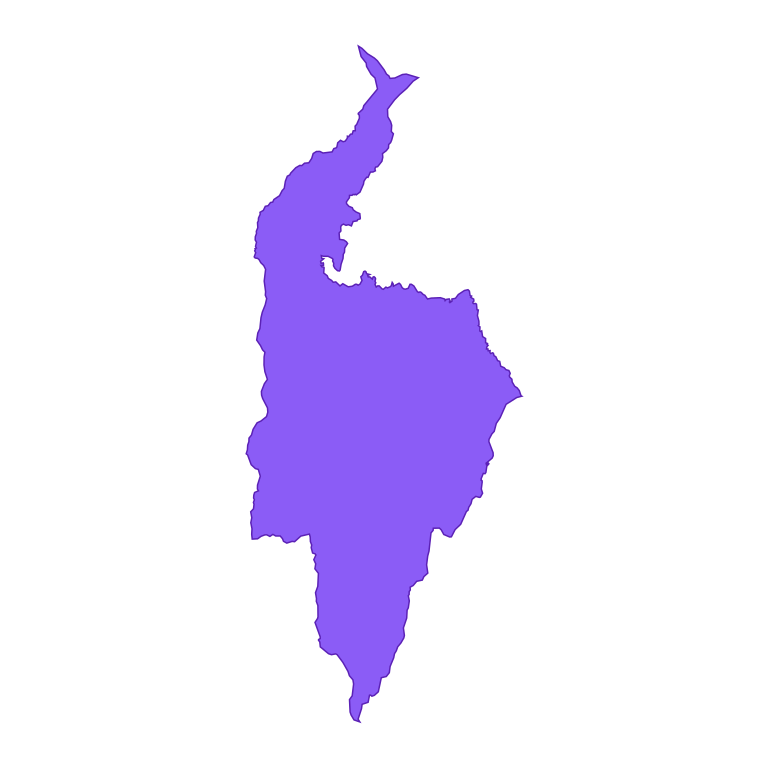 La Cumbre, Valle del Cauca, Colombia (Robinson projection)
{"feature_id": "7082276B32711967571175", "entity_name": "La Cumbre", "entity_type": "district", "adm_level": 2, "iso_a3": "COL", "parent_name": "Colombia", "parent_adm1": "Valle del Cauca", "projection": "robinson", "projection_center": [-76.586, 3.705], "detail": "fine", "context": "isolated", "style": "filled", "palette": "violet", "viewbox_px": 768, "rotation_deg": 0, "n_neighbors": 0, "source": "geoboundaries", "source_scale": "gbopen_adm2", "svg_char_len": 6096}
<svg xmlns="http://www.w3.org/2000/svg" viewBox="0 0 768 768"><path d="M358.4,46.1L361.1,56.6L366.2,63.1L366.6,66.5L371.1,74.3L375.0,78.0L377.5,89.0L363.8,105.6L362.8,109.1L358.3,113.3L358.2,114.0L359.3,115.3L359.4,118.2L356.7,124.4L355.1,126.1L355.3,130.7L353.2,130.8L352.2,134.0L350.5,134.2L348.6,136.7L347.4,136.2L347.3,138.3L345.1,141.2L343.1,141.7L340.5,140.3L337.7,142.8L336.9,147.0L336.1,147.9L333.8,148.6L332.1,151.9L323.0,153.0L319.8,151.4L316.4,151.5L313.2,153.5L311.7,158.4L308.8,162.8L304.5,163.2L301.8,165.6L299.8,165.4L295.8,167.7L290.6,173.2L289.8,174.9L287.3,176.2L285.4,181.1L284.2,188.4L282.2,190.5L279.5,195.7L273.9,199.5L272.7,202.1L270.5,202.5L268.1,205.7L265.3,206.3L263.3,210.4L260.0,212.3L260.2,214.2L258.5,218.0L258.3,221.1L257.5,222.5L257.8,227.7L256.3,231.3L256.5,233.5L255.3,236.7L255.2,240.0L256.5,242.2L255.5,246.4L256.4,248.0L255.0,248.7L255.4,249.6L254.7,250.8L255.7,252.7L254.2,256.9L255.2,258.0L257.6,258.4L259.0,259.5L260.8,262.7L263.7,265.5L265.6,269.3L264.2,281.1L265.6,291.7L265.3,295.2L266.7,298.5L265.2,304.9L262.3,312.2L261.0,317.7L259.9,328.6L257.8,333.0L256.7,340.1L260.5,345.6L262.6,349.9L264.9,352.2L264.1,356.9L264.0,365.0L264.9,371.7L267.4,379.4L264.4,383.7L261.4,391.4L261.6,395.2L262.7,398.6L267.5,407.9L267.8,412.2L266.5,416.6L261.0,421.0L257.1,422.8L253.1,429.3L251.5,435.0L249.0,438.1L248.9,441.6L247.7,445.1L247.4,449.9L246.2,453.8L247.6,454.9L251.2,464.7L255.4,468.6L258.3,469.4L260.3,476.2L257.5,485.1L257.4,489.0L258.4,490.8L254.6,492.5L253.8,495.1L253.6,498.0L254.4,499.8L253.4,502.4L254.0,504.3L253.5,508.8L250.7,511.8L251.8,517.8L250.8,522.7L252.0,528.8L251.7,534.3L252.2,539.1L257.6,538.8L261.1,536.3L264.8,534.9L266.7,534.8L269.9,536.4L272.9,534.4L275.7,536.0L280.2,536.0L282.5,538.7L283.5,541.3L286.8,543.1L292.1,541.4L294.6,541.7L300.8,536.1L309.4,534.1L310.2,536.9L310.4,541.6L311.7,545.0L311.2,547.6L312.6,553.0L315.2,553.9L315.9,555.0L313.8,559.7L315.7,563.8L314.9,568.8L318.4,573.3L317.8,586.3L315.5,592.7L316.5,598.7L316.3,601.3L317.9,605.6L318.0,616.8L317.6,618.4L315.0,622.4L320.2,636.8L320.2,638.6L318.6,639.5L318.5,640.2L319.8,642.0L320.3,646.9L328.5,653.7L331.5,654.7L335.6,653.9L337.1,654.6L342.9,662.4L348.0,671.4L349.4,675.7L352.9,679.8L353.6,684.0L352.2,695.8L349.5,699.6L350.1,712.0L351.1,715.0L354.0,719.9L359.8,721.9L358.1,719.1L361.5,708.7L362.1,704.3L368.1,702.3L369.5,695.2L370.6,695.1L371.9,696.2L374.4,695.3L378.3,691.8L381.3,677.7L386.3,676.5L389.3,672.7L390.1,666.5L393.7,657.8L394.5,653.7L396.3,650.8L397.7,646.8L400.9,643.0L403.8,638.0L404.4,635.4L403.4,627.9L406.7,618.1L407.1,610.2L408.3,607.8L409.3,600.9L408.3,595.7L409.1,594.6L409.2,591.6L410.3,590.0L410.1,587.2L413.2,585.5L416.7,581.3L422.3,580.1L423.9,576.6L427.8,573.1L426.6,564.8L427.7,556.0L429.0,551.1L431.0,532.9L433.1,530.4L433.3,528.2L439.4,528.1L441.2,529.8L443.8,534.5L449.7,537.0L451.4,536.8L455.1,529.6L460.7,524.3L466.4,511.5L468.0,510.3L468.7,507.4L471.0,503.7L472.1,499.3L475.8,496.4L479.4,497.4L480.4,497.1L482.6,493.2L481.3,489.0L482.2,482.0L482.0,480.6L481.2,480.4L481.2,478.6L483.3,473.4L485.0,473.7L485.9,472.4L486.8,466.2L488.9,463.8L488.5,463.2L486.4,464.5L486.1,463.2L492.1,458.2L493.2,455.8L493.1,452.7L488.9,441.7L489.0,439.4L491.9,433.9L494.2,431.4L496.3,423.4L500.1,417.8L506.1,404.3L516.8,397.5L521.8,396.2L521.0,395.7L519.3,390.6L517.2,387.9L514.7,386.3L512.2,382.0L511.9,379.2L509.6,377.0L509.3,375.8L510.2,373.3L508.9,370.5L506.0,369.7L504.2,367.7L500.7,366.2L499.7,361.4L497.6,360.6L495.8,356.7L494.1,355.8L493.4,353.3L492.7,352.8L490.6,353.5L489.9,352.4L490.1,350.6L488.2,350.8L487.9,348.9L486.5,349.0L486.8,346.9L488.1,345.3L487.0,344.6L487.5,343.5L485.6,342.7L485.6,338.5L482.6,336.6L481.7,330.9L480.5,331.5L479.8,330.9L480.0,326.9L478.3,325.6L479.0,324.6L478.9,321.1L477.4,315.6L478.3,310.0L477.0,309.7L476.5,304.2L475.7,303.5L473.5,303.6L472.9,303.0L472.9,302.0L473.9,301.1L473.7,299.1L470.7,297.3L471.6,296.1L470.1,295.5L469.4,291.1L468.0,289.7L464.4,290.5L458.3,294.5L455.5,298.3L451.9,299.0L452.0,301.1L449.9,302.6L449.4,302.0L450.1,300.8L449.2,298.9L446.2,299.4L445.1,300.6L444.6,299.0L440.4,297.7L431.2,298.1L427.5,299.0L424.9,295.3L423.1,294.4L421.2,292.4L420.0,291.9L418.6,292.4L417.4,291.7L413.9,286.0L411.4,284.3L410.0,284.3L408.2,288.3L405.3,289.2L403.6,288.8L402.1,287.6L400.5,284.4L399.1,283.2L393.4,286.2L393.1,283.7L392.2,282.4L391.3,285.6L390.3,286.7L387.4,287.9L385.9,287.1L383.3,289.3L382.1,288.9L379.2,285.9L377.7,285.9L376.2,287.0L375.0,284.3L375.8,282.8L375.0,281.3L375.6,278.8L375.1,277.6L374.0,276.7L373.1,277.0L372.3,279.1L369.8,276.9L368.2,276.9L367.7,275.4L369.7,274.5L366.6,273.7L366.0,271.8L365.0,271.1L363.7,271.6L362.4,275.3L360.8,276.8L362.0,280.5L360.0,284.1L358.1,285.2L356.8,284.3L355.3,284.3L352.4,286.2L348.2,286.8L342.8,283.7L340.0,285.9L335.8,281.9L333.2,282.3L331.6,280.4L328.3,278.4L327.2,275.7L323.7,273.0L324.1,267.7L323.8,267.1L321.9,266.9L320.9,265.4L323.5,265.3L323.5,263.6L323.3,262.9L321.1,263.2L320.6,261.3L323.7,258.8L321.7,258.4L321.3,255.6L323.5,256.3L328.1,256.3L332.2,258.4L333.0,259.3L332.6,261.0L333.7,263.2L333.5,265.8L334.9,268.3L337.5,270.7L339.4,271.0L340.1,270.1L341.1,264.2L343.0,258.5L343.3,254.3L344.5,252.2L344.7,248.1L347.6,243.5L346.3,241.7L343.8,240.0L339.6,239.4L339.1,233.0L340.9,231.0L340.7,226.8L341.5,225.3L343.4,224.1L346.0,225.3L348.4,224.7L351.4,225.9L353.1,221.5L357.0,220.9L357.6,219.7L360.1,218.9L360.3,218.2L359.8,213.6L356.1,212.0L353.2,209.8L352.3,207.7L348.9,206.3L346.6,203.7L346.4,202.0L349.4,197.7L349.5,195.4L352.1,195.3L353.1,194.4L354.2,194.8L355.2,194.2L356.2,194.9L360.0,192.1L363.5,184.1L363.9,181.4L365.4,178.9L366.8,177.2L368.0,177.4L370.4,172.1L373.0,172.0L375.4,170.8L374.9,168.8L375.6,167.1L377.6,166.7L381.9,161.3L382.8,157.2L382.5,153.6L386.3,150.7L388.5,147.9L388.7,144.5L390.6,142.6L391.7,140.0L393.4,133.8L391.3,131.5L391.7,125.3L390.6,121.6L387.8,116.7L387.5,109.2L394.6,99.8L399.6,94.6L406.8,88.3L413.1,81.2L418.3,77.7L406.3,74.1L402.5,74.5L394.9,78.0L390.0,78.4L388.9,75.9L386.5,74.1L384.1,69.8L377.4,60.8L374.3,58.0L367.4,53.7L362.0,48.4L358.4,46.1Z" fill="#8b5cf6" stroke="#5b21b6" stroke-width="1.5"/></svg>